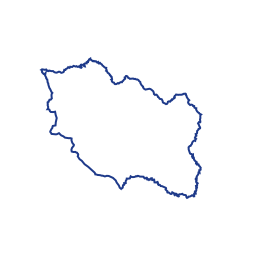 Calvas, Loja, Ecuador (Natural Earth projection), rotated 334°
{"feature_id": "8360857B77805583896778", "entity_name": "Calvas", "entity_type": "district", "adm_level": 2, "iso_a3": "ECU", "parent_name": "Ecuador", "parent_adm1": "Loja", "projection": "natural_earth1", "projection_center": [-79.585, -4.34], "detail": "fine", "context": "isolated", "style": "outline", "palette": "blue", "viewbox_px": 256, "rotation_deg": 334, "n_neighbors": 0, "source": "geoboundaries", "source_scale": "gbopen_adm2", "svg_char_len": 5845}
<svg xmlns="http://www.w3.org/2000/svg" viewBox="0 0 256 256"><g transform="rotate(334 128 128)"><path d="M124.6,49.1L123.0,49.3L121.9,50.4L121.3,50.3L120.9,51.2L119.8,50.7L119.2,51.8L117.9,51.1L116.7,51.2L116.2,53.7L115.7,53.3L115.3,51.6L114.6,51.2L114.1,50.7L113.3,50.5L112.9,50.8L113.0,53.1L112.4,53.4L111.6,52.8L111.0,51.1L110.3,51.3L109.4,50.9L108.9,49.9L108.0,49.9L106.3,48.3L104.6,48.7L102.9,47.6L101.9,48.3L100.9,47.1L100.1,47.7L97.8,47.8L97.2,48.4L96.2,47.8L95.3,48.9L94.5,49.5L92.5,49.3L92.0,48.9L91.4,47.7L90.6,47.1L88.2,47.0L87.2,46.4L86.3,45.6L85.6,44.0L84.1,43.3L82.3,41.8L81.7,42.1L81.2,41.9L80.7,41.4L80.1,39.5L79.0,39.4L76.5,37.6L75.9,37.7L76.3,38.1L75.6,38.7L75.5,39.8L75.2,40.3L75.9,42.6L77.0,42.9L77.9,42.5L76.5,44.4L76.6,46.9L76.3,47.2L76.4,48.6L76.7,49.0L75.7,52.0L75.9,52.9L75.4,54.1L74.9,57.6L75.1,58.9L75.0,62.0L75.4,63.3L74.6,63.7L73.7,64.8L72.8,67.0L72.6,67.9L71.3,68.6L69.8,68.2L69.4,68.8L68.2,69.2L68.0,69.7L67.0,69.7L66.7,70.3L66.4,71.5L65.8,72.1L65.5,74.1L64.8,75.2L63.9,75.8L64.6,76.1L65.4,77.0L65.2,78.7L65.7,79.8L67.8,80.9L69.6,81.4L68.7,84.7L68.3,87.8L65.6,91.2L64.0,93.9L61.3,93.2L60.9,93.5L60.0,94.8L58.9,95.3L56.6,97.0L56.4,97.5L56.7,98.9L56.7,99.8L60.4,102.1L61.4,102.4L63.7,102.4L64.7,105.3L66.3,107.2L67.1,109.0L70.3,111.2L71.7,111.8L72.7,112.7L71.8,114.3L71.5,116.3L71.5,117.3L72.0,119.4L71.5,120.1L69.0,121.3L67.8,122.5L67.5,123.0L67.1,124.5L68.5,125.7L70.2,126.4L70.5,127.0L71.4,127.9L71.4,128.8L71.7,129.3L71.5,130.3L70.4,131.4L70.8,134.8L72.1,137.2L73.1,141.5L75.2,145.4L78.5,153.6L78.3,155.4L79.1,155.8L80.0,156.8L82.3,158.2L83.7,159.5L84.3,159.7L86.0,161.4L88.0,161.7L89.7,162.7L92.6,166.2L94.0,169.8L93.9,172.0L94.6,175.7L94.4,178.0L95.1,179.6L95.5,179.3L96.1,179.6L97.1,179.3L98.3,177.4L98.9,177.1L99.5,177.4L99.9,177.2L100.4,175.9L101.6,176.5L101.9,176.5L102.1,175.6L103.0,174.4L104.1,173.8L104.7,172.9L106.6,173.9L107.6,174.1L109.2,172.6L110.0,173.8L111.9,174.7L112.8,174.9L114.1,174.8L114.7,175.4L115.5,175.2L116.4,175.7L117.3,176.8L120.6,178.6L120.6,179.7L121.1,180.8L122.0,180.9L122.6,180.7L123.1,180.9L123.2,181.2L123.1,181.9L122.7,182.2L122.6,182.6L122.8,182.8L123.4,182.6L123.9,182.9L123.8,183.4L124.0,183.9L124.7,183.7L125.0,184.0L125.5,183.6L126.4,183.3L127.4,183.6L126.9,185.4L127.7,185.8L128.6,185.6L128.9,185.8L128.0,188.5L129.7,189.5L130.3,189.3L130.9,189.4L130.8,190.7L130.3,191.9L130.5,192.6L131.2,192.7L131.7,193.1L131.9,194.5L133.1,195.2L135.8,198.4L135.8,198.9L134.8,199.8L135.7,202.1L135.2,202.7L135.2,203.3L136.4,203.9L137.3,205.8L137.8,206.2L138.4,206.3L139.6,205.2L140.7,206.8L140.4,208.4L140.6,208.9L141.3,208.6L142.0,207.9L142.5,208.2L142.8,208.7L142.3,210.2L143.0,211.3L143.5,211.7L143.8,211.6L143.8,210.7L144.2,210.2L145.1,210.1L146.4,210.7L148.0,211.0L148.2,211.7L148.6,212.4L150.3,213.5L150.6,214.0L150.2,215.9L150.4,216.7L151.5,216.7L152.4,216.2L153.4,216.7L155.7,216.7L156.1,216.5L156.7,216.9L157.0,218.2L157.6,218.4L158.6,216.2L160.1,216.7L160.3,215.9L159.8,215.8L159.7,215.3L160.0,214.7L160.3,214.5L160.5,215.1L161.0,214.9L162.2,213.8L162.8,212.1L163.3,212.3L163.5,212.1L163.2,212.0L163.3,211.5L164.0,211.0L163.6,210.1L163.7,209.8L165.0,209.8L165.7,208.5L166.4,208.2L166.3,207.9L165.7,207.5L165.6,206.3L165.8,205.9L166.5,205.6L166.3,204.0L166.5,203.4L167.0,203.1L167.6,203.6L168.5,201.7L171.0,200.3L172.0,198.7L172.5,198.6L172.8,199.2L173.5,197.2L174.4,197.4L175.0,197.3L175.4,196.1L175.9,195.7L175.7,194.0L175.3,193.2L175.4,191.7L174.0,191.2L173.9,190.9L174.5,190.3L173.6,189.6L174.0,189.0L174.7,188.7L173.7,186.6L173.7,185.6L173.5,185.4L174.1,183.6L173.1,183.4L173.0,183.2L173.1,181.8L173.3,181.8L173.7,182.5L174.7,180.5L173.8,180.6L173.8,179.3L172.8,178.6L172.6,177.9L173.1,174.0L174.0,171.9L175.4,171.3L176.5,171.5L177.0,171.0L178.2,170.5L179.5,169.1L180.8,168.5L182.2,168.3L182.8,169.0L183.7,167.8L184.4,167.6L183.8,166.2L184.3,165.7L185.2,165.3L185.6,164.6L186.1,164.7L186.2,163.1L187.5,163.1L188.0,162.6L188.8,161.0L190.6,160.3L191.1,159.7L192.0,160.0L192.7,159.8L193.1,159.0L192.9,157.4L193.1,156.8L193.0,154.5L194.4,153.8L195.2,154.5L195.7,154.3L196.5,151.8L197.4,150.8L198.2,149.0L198.8,148.1L199.6,147.9L198.5,146.4L198.5,145.7L198.1,145.3L197.4,143.4L197.3,141.4L198.0,140.2L197.4,139.9L196.6,138.7L197.1,137.3L196.1,136.7L196.1,135.7L195.7,135.2L194.9,134.6L193.9,134.6L193.1,132.5L193.3,131.1L193.9,130.7L194.3,130.0L195.2,129.8L194.6,128.0L194.4,125.7L194.7,124.9L194.5,123.6L194.8,123.4L194.9,122.6L194.7,122.3L192.8,121.6L192.2,121.8L191.6,121.6L191.1,121.7L189.9,121.2L188.3,120.4L187.8,120.3L185.9,119.0L184.6,119.7L184.1,119.6L183.1,120.4L183.3,121.3L182.7,121.6L182.2,121.3L180.1,122.1L179.9,121.7L179.3,122.2L178.6,122.0L178.2,122.5L177.3,122.8L176.6,122.0L175.4,121.9L174.4,123.0L173.7,123.4L172.6,123.2L171.9,122.0L170.7,120.6L170.6,120.1L171.0,118.7L170.9,116.9L169.3,115.7L168.9,113.5L168.5,113.2L168.7,111.9L168.2,110.5L167.3,110.2L167.0,109.9L166.7,110.0L166.2,108.8L166.6,107.8L166.8,106.1L165.8,103.7L165.2,102.8L164.4,102.1L160.5,101.1L159.6,99.7L159.4,98.7L159.4,97.8L159.7,97.4L159.0,95.7L158.8,93.2L159.2,92.1L158.5,90.5L158.4,89.5L157.7,88.5L156.8,88.1L155.9,86.9L155.0,86.7L154.3,85.8L151.2,84.6L151.0,83.9L150.2,83.1L150.1,81.4L149.5,80.6L148.8,80.4L148.0,81.1L147.2,81.1L147.1,82.2L146.9,82.2L146.5,82.7L145.6,82.7L144.3,83.5L143.3,83.6L142.7,84.2L141.3,83.5L139.2,84.0L138.7,83.2L136.8,83.4L135.6,82.9L135.3,82.4L135.3,81.1L134.2,80.1L134.0,78.9L134.5,77.9L134.2,77.2L135.1,77.1L135.7,74.8L135.2,74.3L135.4,73.4L134.9,72.8L135.1,72.2L134.8,71.7L134.9,71.0L133.9,69.3L134.0,68.1L133.4,67.0L134.2,66.6L134.3,65.1L134.8,64.4L133.9,63.8L133.2,62.4L132.9,61.4L132.4,60.6L132.4,59.5L131.6,58.1L131.4,57.1L131.1,57.0L130.6,57.4L130.2,57.4L130.0,56.8L130.1,55.6L129.0,55.7L128.6,54.2L128.1,54.1L127.6,53.3L126.7,53.3L126.4,52.6L125.5,52.4L124.9,50.8L124.3,50.2L124.6,49.1Z" fill="none" stroke="#1e3a8a" stroke-width="2"/></g></svg>